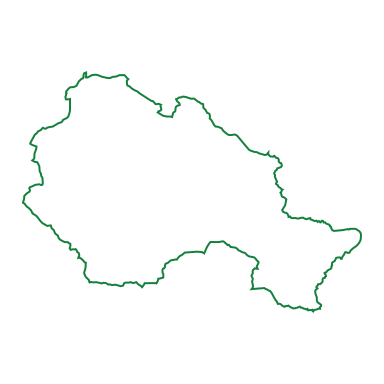 outline of Junin, Manabi, Ecuador
{"feature_id": "8360857B31956195822204", "entity_name": "Junin", "entity_type": "district", "adm_level": 2, "iso_a3": "ECU", "parent_name": "Ecuador", "parent_adm1": "Manabi", "projection": "albers", "projection_center": [-80.172, -0.94], "detail": "fine", "context": "isolated", "style": "outline", "palette": "green", "viewbox_px": 384, "rotation_deg": 0, "n_neighbors": 0, "source": "geoboundaries", "source_scale": "gbopen_adm2", "svg_char_len": 5933}
<svg xmlns="http://www.w3.org/2000/svg" viewBox="0 0 384 384"><path d="M116.3,76.5L112.6,76.9L110.2,78.0L108.0,78.1L102.2,76.8L97.2,74.9L94.5,74.7L91.6,75.3L87.8,77.4L86.4,77.6L85.7,77.0L86.2,76.2L86.1,72.5L84.0,73.4L83.7,74.4L83.2,78.1L82.7,78.5L81.5,78.8L78.8,81.4L76.5,85.8L73.9,87.0L70.2,87.3L68.7,88.5L66.3,91.3L66.1,92.4L66.6,93.2L66.1,93.8L66.0,95.5L65.4,96.8L65.8,99.1L65.9,99.3L68.8,99.3L70.0,99.0L70.0,109.5L69.8,111.7L68.7,115.5L68.0,116.9L67.0,117.9L62.9,120.0L62.4,121.2L61.3,122.3L58.2,123.3L52.9,126.5L47.9,127.4L45.7,128.7L44.6,128.6L42.8,127.8L40.8,130.0L37.8,131.6L36.8,133.2L34.9,134.6L30.3,143.0L30.2,143.7L32.3,145.0L36.5,146.5L36.2,148.9L34.5,153.6L34.3,158.0L33.4,159.6L32.3,160.4L34.0,161.5L35.5,162.0L37.1,162.1L37.6,162.8L39.3,166.1L39.7,171.4L40.9,173.6L41.2,175.8L42.5,178.1L42.8,183.4L42.4,184.6L41.9,185.0L40.7,184.9L39.4,184.3L35.4,184.8L31.9,186.5L30.0,187.1L29.3,188.3L29.9,190.2L29.6,191.6L27.0,193.2L24.3,195.9L24.1,198.9L23.1,202.3L23.0,202.8L24.5,203.6L26.5,206.3L29.1,208.3L31.1,210.4L32.4,213.2L32.9,213.3L33.2,214.0L34.8,214.8L36.9,216.4L40.3,220.9L42.4,223.1L47.2,225.9L50.3,225.4L50.9,225.5L51.6,228.2L53.7,230.0L54.9,232.9L55.6,233.9L57.9,235.6L58.6,238.0L60.0,239.6L63.0,241.3L65.0,242.1L67.8,242.1L68.7,243.1L70.2,243.7L70.4,244.4L70.3,246.7L69.6,248.1L70.7,249.9L72.3,249.3L74.9,249.4L75.5,249.1L76.3,249.7L77.3,252.1L78.6,252.8L79.2,254.6L79.2,256.0L78.4,257.2L78.3,258.0L79.1,257.8L80.1,257.9L82.6,259.8L84.7,262.4L85.8,262.7L85.5,268.0L84.2,272.4L84.3,273.7L85.6,276.7L88.9,280.1L89.3,282.0L89.7,282.5L90.7,281.9L93.2,282.4L96.6,282.2L101.2,283.3L102.2,283.3L103.3,282.8L105.4,283.0L107.4,283.8L108.3,284.6L110.2,284.4L111.9,285.1L115.1,284.7L118.2,285.4L120.4,286.2L122.9,285.7L123.5,284.9L124.0,283.3L125.7,282.6L129.0,282.6L130.8,282.1L132.3,282.9L133.4,283.0L136.3,282.2L138.1,284.2L140.8,285.9L142.1,287.2L144.2,284.3L144.6,283.2L155.7,283.1L156.4,283.4L157.9,280.7L158.3,278.7L159.3,278.7L163.3,277.5L163.3,273.9L162.6,272.9L162.4,270.3L163.0,268.7L164.2,268.2L164.7,267.6L165.0,266.5L165.0,265.3L165.6,263.7L167.5,263.1L170.8,260.4L175.4,259.5L176.9,259.6L178.1,257.7L179.9,256.0L182.1,254.9L184.7,252.6L196.6,251.7L201.8,252.0L204.2,253.4L206.7,247.6L208.8,244.0L210.5,242.0L218.5,242.1L222.9,241.3L224.1,241.8L225.4,243.1L227.0,244.3L227.5,245.1L228.8,244.8L230.6,247.0L235.4,247.6L237.2,248.7L238.4,250.3L239.6,250.7L242.3,252.2L243.7,252.5L245.3,253.2L247.1,255.1L248.8,256.3L254.2,257.4L255.6,258.7L256.6,260.1L258.5,261.9L258.4,263.2L256.7,266.5L257.6,268.8L254.6,268.4L254.3,268.9L253.1,269.9L252.6,271.6L252.8,273.2L251.5,275.4L251.7,276.5L252.7,278.4L252.7,279.5L252.1,281.4L253.1,286.4L252.3,288.4L251.7,289.1L259.8,288.4L261.1,288.4L264.2,288.0L265.4,288.9L266.8,289.3L268.9,290.6L270.0,290.9L271.5,292.7L275.0,299.2L276.9,301.7L277.8,303.9L279.6,303.8L280.5,304.1L282.6,305.9L284.4,306.8L285.9,306.0L287.4,306.0L288.5,305.6L290.0,306.9L293.6,308.5L296.9,307.8L299.8,306.6L300.8,307.6L302.5,307.8L303.6,308.6L305.1,308.8L306.4,309.5L307.5,308.9L308.1,310.3L310.0,310.0L311.4,310.2L312.3,309.8L312.8,311.2L313.2,311.5L314.1,310.0L317.2,309.3L318.4,308.6L320.0,308.8L319.9,307.3L321.0,306.1L321.1,304.8L317.6,302.3L316.8,300.4L316.8,297.4L315.4,293.4L315.2,291.2L315.4,290.3L317.5,288.3L316.5,287.5L316.5,286.5L317.7,285.5L318.1,284.2L320.2,284.1L322.2,282.3L322.6,281.5L322.6,279.3L322.9,278.6L323.8,278.0L324.8,277.9L325.1,276.8L326.0,276.3L325.7,274.8L324.6,273.6L324.6,272.8L326.3,272.2L327.4,270.7L328.5,269.9L330.2,269.2L331.3,268.2L331.5,266.2L332.1,265.7L331.9,264.2L332.2,262.6L334.9,260.8L336.0,258.1L337.1,257.6L339.8,257.4L340.4,257.7L341.1,258.9L341.6,258.9L342.5,256.7L344.0,254.6L345.1,252.3L346.3,252.2L348.0,252.9L349.4,252.7L350.7,250.4L353.3,248.1L356.5,245.9L358.9,243.2L360.1,241.1L360.7,239.5L361.0,234.9L360.5,232.8L359.3,231.2L356.2,229.2L354.8,228.8L351.6,228.8L349.8,228.9L348.9,229.6L347.6,229.1L342.8,230.1L334.0,230.9L332.3,230.2L331.3,228.4L331.1,227.0L330.5,226.3L330.1,226.4L329.3,224.7L326.4,223.7L324.9,222.3L323.7,222.5L322.8,220.8L321.8,220.8L320.8,222.2L320.3,222.4L318.9,221.1L317.6,221.9L316.7,220.7L314.5,221.0L311.6,219.7L310.6,219.5L310.2,218.1L308.7,218.4L306.7,219.2L304.8,218.7L302.8,217.6L300.2,218.0L298.4,218.6L294.7,218.0L292.4,218.2L290.9,217.7L290.0,216.5L289.0,217.0L288.6,217.0L288.7,216.5L287.4,213.7L286.2,212.9L284.6,212.6L283.0,211.7L282.2,210.1L285.2,205.2L286.3,199.3L284.3,197.5L282.1,196.6L281.7,196.1L281.3,194.2L280.5,192.6L281.2,192.2L281.8,190.3L282.5,189.6L281.6,189.4L280.6,188.1L278.5,186.8L277.8,185.2L276.2,184.2L276.0,183.8L276.2,182.9L277.0,181.9L277.1,181.5L276.1,179.7L274.9,176.7L275.1,175.1L274.2,173.7L274.2,173.2L275.4,170.8L277.0,169.5L277.2,168.4L281.0,167.1L281.9,165.7L281.2,163.2L279.8,162.8L278.7,161.5L278.8,159.8L278.2,158.6L277.0,157.8L276.2,157.9L274.4,155.9L274.0,155.9L273.5,156.5L272.9,156.7L270.2,156.4L268.2,154.4L268.3,152.6L266.6,154.6L264.9,155.0L259.2,153.4L257.0,152.2L254.3,151.9L250.1,150.4L248.6,149.3L237.5,136.1L236.3,135.1L234.7,134.5L230.9,135.1L228.8,134.9L227.5,134.3L223.3,130.9L221.6,128.3L217.9,126.8L215.4,126.5L214.1,124.9L211.4,120.1L209.7,118.5L210.0,116.2L209.6,114.4L209.0,113.6L207.1,112.8L205.4,109.7L203.4,107.8L203.1,104.1L201.0,103.6L199.2,102.0L198.1,101.8L194.4,98.8L193.4,98.6L190.9,98.7L185.5,96.9L182.5,96.6L181.3,97.3L179.1,97.5L177.0,99.0L176.2,99.0L176.2,99.5L177.0,101.1L179.4,103.3L179.7,105.1L177.7,105.6L176.5,106.3L175.9,107.0L175.6,108.0L175.3,111.1L174.7,111.8L173.6,112.3L173.1,112.9L172.1,117.0L170.6,116.6L166.7,116.5L162.9,115.7L157.7,112.4L158.4,111.4L160.6,110.5L161.3,109.6L161.3,108.9L160.6,106.7L160.6,105.1L160.9,104.8L158.7,103.8L156.4,104.2L155.4,104.0L154.0,102.2L152.7,101.0L151.4,100.9L149.3,99.6L138.6,92.7L138.2,91.9L134.4,90.1L131.7,88.4L129.6,86.5L127.6,85.6L127.0,84.2L126.8,80.8L128.3,79.1L127.5,78.6L124.9,75.5L123.7,75.0L121.5,75.2L119.6,75.1L116.3,76.5Z" fill="none" stroke="#15803d" stroke-width="2"/></svg>